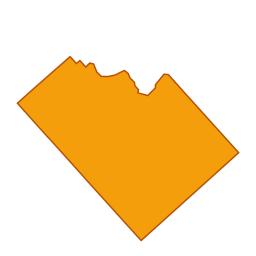 Kay, Oklahoma, United States of America, rotated 228°
{"feature_id": "52423323B83070703413565", "entity_name": "Kay", "entity_type": "district", "adm_level": 2, "iso_a3": "USA", "parent_name": "United States of America", "parent_adm1": "Oklahoma", "projection": "mercator", "projection_center": [-97.024, 36.796], "detail": "fine", "context": "isolated", "style": "filled", "palette": "amber", "viewbox_px": 256, "rotation_deg": 228, "n_neighbors": 0, "source": "geoboundaries", "source_scale": "gbopen_adm2", "svg_char_len": 773}
<svg xmlns="http://www.w3.org/2000/svg" viewBox="0 0 256 256"><g transform="rotate(228 128 128)"><path d="M35.6,193.7L35.8,193.7L119.4,193.6L140.6,193.7L143.9,190.8L141.8,177.4L139.5,175.2L138.9,164.4L147.6,158.8L149.3,161.4L154.7,161.4L157.6,163.3L163.8,163.0L168.5,164.6L173.2,163.8L176.0,153.8L179.5,147.7L184.2,142.7L190.2,142.2L198.6,145.2L201.8,143.1L201.6,137.4L210.3,137.4L210.4,132.8L219.8,132.7L220.4,81.1L220.4,62.4L209.5,62.3L208.7,62.4L201.5,62.3L189.9,62.3L187.6,62.3L180.9,62.3L180.6,62.3L177.0,62.3L175.8,62.3L174.9,62.3L172.5,62.4L164.0,62.4L161.9,62.4L147.7,62.4L145.2,62.4L129.4,62.4L128.5,62.4L124.3,62.4L123.7,62.4L117.2,62.3L77.5,62.4L58.9,62.4L55.7,62.4L35.6,62.5L35.6,137.5L35.6,193.7Z" fill="#f59e0b" stroke="#b45309" stroke-width="1.5"/></g></svg>